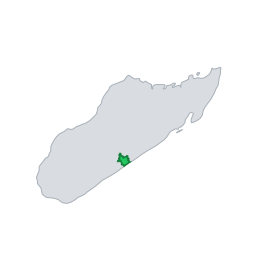 Nosy-Varika, Vatovavy-Fitovinany, Madagascar shown in context, rotated 40°
{"feature_id": "10022922B12403701465046", "entity_name": "Nosy-Varika", "entity_type": "district", "adm_level": 2, "iso_a3": "MDG", "parent_name": "Madagascar", "parent_adm1": "Vatovavy-Fitovinany", "projection": "robinson", "projection_center": [48.047, -20.536], "detail": "fine", "context": "in_parent", "style": "filled", "palette": "green", "viewbox_px": 256, "rotation_deg": 40, "n_neighbors": 0, "source": "geoboundaries", "source_scale": "gbopen_adm2", "svg_char_len": 5932}
<svg xmlns="http://www.w3.org/2000/svg" viewBox="0 0 256 256"><g transform="rotate(40 128 128)"><path d="M164.3,27.7L164.9,29.4L165.6,30.9L167.9,34.7L168.9,36.2L169.7,37.8L170.1,40.9L171.6,45.7L173.0,53.0L173.4,60.4L173.8,63.8L174.8,67.0L176.6,70.3L177.1,74.1L176.1,77.9L174.5,81.5L174.1,82.1L173.4,83.1L173.0,83.0L171.8,82.1L170.8,80.6L169.5,77.0L169.1,75.2L168.5,74.9L167.0,75.1L165.9,76.2L165.7,76.9L166.0,78.9L166.4,80.7L166.5,82.6L166.6,84.9L167.0,85.6L167.6,86.2L168.2,87.7L168.3,91.3L167.9,93.1L166.8,94.7L166.9,95.6L167.3,96.5L166.9,97.0L165.5,97.7L164.9,98.3L164.2,99.9L162.9,103.1L162.8,104.8L163.5,109.9L163.3,113.5L161.7,120.3L160.8,123.6L159.5,127.5L157.6,132.6L155.6,139.1L154.0,145.7L152.8,149.7L151.4,153.6L149.5,160.5L147.9,167.6L145.5,175.3L142.2,184.0L141.9,185.1L141.2,189.5L140.5,193.4L139.6,197.1L137.8,203.4L137.6,205.3L137.2,207.2L135.4,211.1L134.7,212.6L134.1,214.1L133.8,216.1L133.3,218.0L132.0,221.5L130.1,224.5L128.8,225.6L126.0,227.2L124.6,227.5L121.4,227.6L118.3,228.5L115.1,230.2L112.1,232.2L110.9,233.1L109.6,233.7L105.5,233.8L104.3,233.4L100.2,230.1L98.6,229.6L95.6,229.1L94.7,228.8L93.9,228.4L92.7,226.7L90.3,225.2L89.7,224.8L89.3,223.8L89.0,222.7L88.4,221.5L87.9,219.2L87.1,217.6L84.9,214.8L84.7,213.9L84.5,210.9L84.5,208.8L84.3,205.1L84.5,203.4L85.3,201.8L85.0,200.1L84.1,198.3L83.8,196.4L83.2,194.7L80.8,191.7L80.3,190.2L79.9,188.7L79.0,183.8L78.9,182.1L79.0,178.6L79.3,176.7L79.8,175.5L80.0,174.5L80.3,173.7L80.9,173.0L81.2,172.3L82.1,167.7L83.2,166.7L84.8,166.1L86.1,164.9L86.8,163.3L87.6,160.0L89.6,156.7L90.3,155.0L92.0,152.4L93.4,148.7L93.9,147.0L94.2,145.2L94.5,141.3L94.8,139.4L94.7,137.5L93.9,135.5L91.9,131.9L91.8,131.3L91.9,128.6L91.8,126.7L91.0,124.8L90.0,123.0L89.1,119.6L88.6,114.0L88.7,112.0L88.4,110.2L87.7,108.5L88.2,105.5L94.2,94.7L94.3,93.4L94.1,90.1L94.2,88.2L94.4,87.5L94.9,87.1L95.9,86.9L100.8,86.4L101.4,86.1L102.6,85.2L104.3,83.4L105.1,82.9L105.7,83.1L106.2,83.9L106.7,84.3L108.7,83.5L109.4,83.4L110.2,83.6L110.6,82.8L110.8,81.9L111.1,81.2L111.6,80.8L114.2,80.6L115.8,80.3L117.9,79.6L118.3,79.7L120.0,82.2L120.5,82.4L121.2,82.5L121.8,82.1L120.4,80.8L120.2,80.0L120.3,79.2L121.0,77.4L122.2,76.1L124.9,74.0L127.8,71.6L128.6,71.4L129.3,71.8L129.8,74.6L129.8,75.1L130.2,75.2L130.8,74.8L131.2,73.7L131.3,72.7L130.9,71.8L130.7,71.1L130.7,70.4L132.1,68.7L133.2,67.1L133.8,65.2L134.2,64.3L135.4,63.4L135.8,63.5L136.0,64.3L136.2,65.2L135.9,66.0L135.5,66.8L135.3,67.9L136.0,68.2L136.6,67.9L137.5,65.9L138.6,64.0L139.2,63.0L140.0,62.3L141.3,62.4L142.6,62.9L140.5,60.9L140.0,58.1L142.5,53.4L142.5,52.4L142.9,52.1L143.1,51.7L141.8,50.1L141.5,49.3L141.7,48.1L142.3,47.0L142.9,46.3L143.7,46.0L144.3,46.4L145.7,47.7L146.6,47.9L147.8,46.7L148.7,45.1L150.1,44.0L151.7,43.3L154.1,40.8L155.6,35.6L155.8,34.1L155.4,32.3L154.9,30.5L153.9,28.3L154.2,27.9L155.5,28.1L155.9,27.8L157.4,25.9L159.7,22.2L160.5,22.2L161.2,22.9L161.4,23.9L161.9,24.7L163.5,26.4L164.3,27.7ZM147.8,42.3L147.8,42.9L146.0,42.7L145.7,40.7L146.6,40.7L146.8,39.8L147.4,39.7L147.9,41.5L147.8,42.3ZM169.6,97.9L168.1,100.7L168.5,98.3L170.3,94.9L170.8,94.6L169.6,97.9Z" fill="#d9dde1" stroke="#a8b0b8" stroke-width="1"/><path d="M138.5,154.1L138.6,154.3L138.7,154.2L138.8,154.3L138.9,154.2L139.0,154.3L139.0,154.5L139.3,154.6L139.4,154.4L139.5,154.5L139.4,154.6L139.5,154.7L139.7,154.8L139.8,154.9L139.9,155.0L140.0,155.2L140.2,155.3L140.2,155.5L140.3,155.8L140.2,155.9L140.3,156.0L140.2,156.2L140.2,156.3L140.2,156.5L140.3,156.6L140.5,156.8L140.4,156.9L140.4,157.0L140.6,157.1L140.8,157.3L140.9,157.2L140.9,157.3L141.1,157.3L141.2,157.2L141.3,157.2L141.3,157.3L141.4,157.5L141.5,157.5L141.4,157.7L141.5,157.7L141.5,157.9L141.5,158.1L141.6,158.4L141.6,158.5L141.5,159.2L141.4,159.3L141.2,159.5L141.3,159.7L141.5,159.6L141.7,159.4L141.9,159.5L142.0,159.6L142.0,159.8L142.2,159.6L142.3,159.6L142.5,159.6L142.7,159.4L142.6,159.1L142.5,158.9L142.6,158.7L142.7,158.4L142.7,158.2L142.8,158.1L143.0,158.2L143.2,158.3L143.3,158.5L143.3,158.4L143.6,158.3L143.8,158.3L144.0,158.2L144.2,158.3L144.3,158.3L144.3,158.2L144.5,158.4L144.5,158.5L144.8,158.6L145.0,158.7L145.3,158.8L145.6,159.0L145.8,159.2L146.0,159.2L146.1,159.3L146.3,159.3L146.6,159.4L146.6,159.8L146.8,159.7L146.8,159.4L147.1,159.2L147.4,159.1L147.6,159.1L147.7,159.4L147.7,159.5L147.8,159.4L148.1,159.2L148.3,159.1L148.6,159.2L148.7,159.3L148.9,159.5L149.1,159.7L149.5,159.8L149.5,159.7L149.7,159.1L149.7,158.9L149.8,158.5L150.1,157.1L150.2,156.6L150.5,155.7L150.6,155.4L150.8,154.5L151.1,153.5L151.2,153.2L151.3,152.9L151.0,153.1L150.8,153.1L150.7,153.2L150.6,152.9L150.5,152.7L150.4,152.6L150.2,152.6L150.0,152.9L149.9,152.9L149.7,152.8L149.4,152.8L149.2,152.8L149.2,152.7L149.0,152.4L148.8,152.4L148.9,152.1L148.7,152.1L148.5,152.3L148.4,152.4L148.3,152.1L148.2,152.0L148.3,151.9L148.4,151.7L148.4,151.4L148.4,151.2L148.1,151.3L148.0,151.1L147.9,151.0L147.8,150.9L147.7,150.9L147.7,151.1L147.4,151.2L147.2,151.4L147.1,151.2L147.0,151.3L146.9,151.2L146.9,151.3L146.7,151.3L146.5,151.2L146.3,150.9L146.2,150.8L146.0,150.7L145.9,150.5L145.8,150.3L145.8,150.2L145.9,149.8L145.8,149.7L145.7,149.8L145.4,149.8L145.2,149.8L145.1,150.0L144.9,150.2L144.9,150.3L144.9,150.5L145.0,150.5L145.1,150.8L144.9,151.0L144.7,151.3L144.7,151.5L144.5,151.9L144.4,152.1L144.3,152.3L144.2,152.5L144.1,152.8L144.1,153.0L144.1,153.3L144.0,153.5L143.9,153.6L143.8,153.4L143.7,153.3L143.7,153.1L143.4,153.0L143.2,153.0L143.3,152.9L143.2,152.8L142.9,152.8L142.7,152.8L142.6,153.0L142.3,153.1L142.2,153.2L142.2,153.3L142.1,153.2L142.0,153.3L141.9,153.3L141.8,153.2L141.6,153.1L141.4,153.1L141.1,153.3L141.0,153.5L140.9,153.5L140.7,153.5L140.4,153.6L140.2,153.7L139.9,153.7L139.8,153.4L139.7,153.3L139.6,153.2L139.6,152.9L139.4,152.8L139.3,152.7L139.1,152.8L138.9,152.6L139.0,152.4L138.9,152.3L138.7,152.3L138.6,152.5L138.4,152.6L138.5,152.7L138.5,152.8L138.5,153.0L138.4,153.3L138.4,153.5L138.3,153.9L138.3,154.0L138.5,154.0L138.5,154.1Z" fill="#22c55e" stroke="#15803d" stroke-width="1.5"/></g></svg>